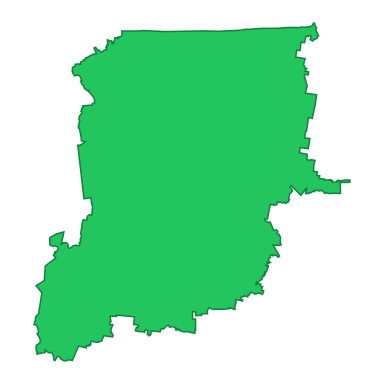 Angel R. Cabada, Veracruz, Mexico
{"feature_id": "50627088B47201282051967", "entity_name": "Angel R. Cabada", "entity_type": "district", "adm_level": 2, "iso_a3": "MEX", "parent_name": "Mexico", "parent_adm1": "Veracruz", "projection": "albers", "projection_center": [-95.399, 18.593], "detail": "fine", "context": "isolated", "style": "filled", "palette": "green", "viewbox_px": 384, "rotation_deg": 0, "n_neighbors": 0, "source": "geoboundaries", "source_scale": "gbopen_adm2", "svg_char_len": 5826}
<svg xmlns="http://www.w3.org/2000/svg" viewBox="0 0 384 384"><path d="M267.4,219.0L270.3,204.3L274.3,205.1L276.7,204.8L277.4,202.3L280.2,202.2L282.3,203.0L283.6,202.3L285.5,203.4L287.1,202.7L287.3,201.9L288.2,202.0L288.9,200.2L289.5,199.8L288.7,198.9L289.5,194.2L292.4,191.1L291.8,188.9L291.2,188.1L290.1,187.9L289.8,186.9L291.3,185.5L300.8,195.4L306.8,187.6L305.5,193.5L307.4,193.6L311.2,192.6L312.6,191.3L314.6,191.7L315.0,190.5L317.5,190.3L318.8,191.1L319.8,190.5L320.2,190.8L320.7,190.4L321.8,190.6L322.8,191.1L324.9,193.5L326.4,192.8L329.1,193.6L334.1,193.1L338.5,193.6L340.5,193.2L340.3,182.5L349.8,182.4L350.0,180.1L345.1,180.0L340.2,180.8L340.2,181.2L338.7,181.1L338.7,180.2L337.1,180.5L337.2,181.9L332.5,182.3L332.5,180.6L330.8,180.7L330.9,179.8L324.4,180.1L324.6,179.2L319.2,178.4L319.7,175.8L316.8,175.4L317.4,172.0L313.5,171.4L313.8,165.2L315.0,160.4L310.7,159.6L310.5,160.4L306.9,159.7L307.1,154.2L299.4,152.8L300.1,147.5L308.2,148.7L309.9,138.6L304.6,137.9L305.1,134.6L305.7,131.0L306.5,131.1L308.5,117.6L312.3,118.3L315.1,105.0L316.7,94.8L305.3,93.1L307.2,85.8L304.5,76.5L304.3,74.4L308.2,74.9L308.7,71.9L305.0,71.3L306.7,68.5L305.0,68.1L304.6,66.3L303.5,64.6L305.1,58.6L295.7,57.1L296.7,50.1L300.0,50.6L301.0,42.2L304.5,42.8L305.9,36.2L308.2,36.5L308.3,35.7L311.2,35.9L310.2,39.7L312.8,41.0L313.5,40.0L317.2,38.1L317.8,36.1L318.6,35.9L316.0,30.4L315.8,29.0L316.5,28.5L316.0,26.8L315.3,26.3L314.6,23.6L314.1,23.0L313.4,23.2L312.5,25.5L310.5,26.5L305.4,27.2L301.5,27.0L300.3,27.5L298.0,27.6L289.7,27.4L277.6,28.3L260.3,28.4L248.2,29.4L246.3,29.1L240.9,30.2L218.7,31.3L202.5,30.9L165.1,31.6L142.6,30.5L141.8,30.9L136.7,31.0L121.7,31.0L122.0,33.7L121.8,35.8L121.3,36.3L118.8,37.1L118.8,37.7L117.7,38.5L117.4,37.4L114.6,38.0L114.8,39.8L113.2,42.3L113.7,43.4L112.5,43.8L111.8,43.2L111.7,42.1L112.1,42.2L111.5,40.9L109.3,40.9L108.0,39.9L107.4,39.9L107.5,42.3L108.2,44.6L106.7,45.1L107.1,46.4L106.4,46.6L106.6,47.4L105.9,47.5L106.7,49.6L104.2,50.2L102.3,51.8L100.7,52.0L99.0,50.0L98.1,50.4L97.5,50.0L96.0,47.8L95.0,47.3L94.0,48.1L96.5,53.6L94.3,54.4L94.0,53.9L88.1,56.8L87.4,57.6L85.6,57.8L85.4,59.1L84.7,59.5L84.6,60.7L84.3,59.9L83.4,59.9L83.1,61.2L80.9,61.8L80.4,62.9L80.8,64.3L79.5,64.5L78.8,63.9L75.2,64.3L75.1,66.5L73.3,66.8L72.4,68.1L72.2,72.0L72.5,71.5L72.5,72.5L74.6,75.8L77.6,75.2L79.6,75.7L82.0,80.8L81.3,81.6L80.8,81.3L81.7,84.0L83.2,85.3L84.6,88.8L86.4,89.4L86.4,90.3L87.2,90.8L88.8,90.5L88.3,91.1L93.9,97.5L94.6,100.9L94.6,102.5L93.7,103.2L92.4,103.5L92.3,105.0L82.7,105.9L83.2,106.7L82.7,107.6L82.0,107.9L81.0,111.3L81.8,111.5L82.1,112.8L80.7,114.3L80.8,114.9L79.6,115.8L79.0,117.8L79.1,120.2L79.7,120.4L79.7,121.3L78.9,123.4L79.2,124.5L78.5,125.3L78.3,126.5L78.8,127.6L78.5,128.0L79.4,128.4L81.2,137.9L81.3,140.7L85.4,141.8L79.4,145.6L78.7,145.0L77.8,145.3L84.0,198.8L90.9,197.7L91.7,204.2L92.6,206.5L91.7,215.0L89.6,214.6L87.3,216.3L86.8,220.3L83.5,219.8L82.7,220.7L80.7,233.5L81.5,236.0L80.3,238.9L80.4,242.2L79.5,242.5L79.3,243.3L79.8,245.0L79.4,245.5L78.6,245.8L75.5,245.1L72.6,246.1L70.3,248.2L69.5,248.2L68.4,247.8L67.9,244.1L66.2,242.6L63.3,242.8L61.3,244.4L63.9,231.9L56.7,233.8L49.8,237.6L49.8,244.9L53.1,246.5L54.3,245.6L57.1,246.7L58.1,247.5L58.2,249.0L56.1,252.2L55.6,251.6L54.7,251.9L55.2,254.0L54.0,254.0L53.4,255.2L55.8,257.9L45.3,266.0L44.3,280.6L36.1,285.7L41.9,292.7L38.6,313.9L37.1,315.4L36.5,315.6L36.4,316.4L35.5,317.3L35.4,319.6L34.0,324.7L36.2,324.8L37.7,328.1L38.5,331.6L38.0,333.1L37.1,333.8L39.2,337.2L40.4,340.6L39.8,342.9L36.6,345.1L36.1,346.3L36.2,350.7L37.1,351.4L36.8,353.4L37.2,354.2L37.9,353.7L45.0,352.6L45.2,350.0L47.7,352.1L49.0,352.8L50.6,352.9L51.7,352.2L53.6,356.2L53.7,359.5L54.4,360.6L55.0,360.5L56.9,357.3L58.1,356.2L59.8,357.0L60.7,358.9L64.4,361.0L69.8,359.8L72.3,360.5L78.6,346.1L86.2,347.8L86.5,345.6L89.0,346.0L89.1,344.7L90.6,345.0L90.9,341.5L92.4,341.0L93.5,341.7L97.4,342.4L99.0,342.0L99.1,341.5L101.8,341.0L103.7,335.7L112.6,336.9L113.0,334.9L111.7,333.2L111.6,332.2L110.6,332.0L111.6,327.6L112.8,324.8L109.6,324.5L110.1,321.6L111.0,321.7L110.0,316.3L116.6,316.3L116.6,315.1L134.5,316.8L133.7,324.5L138.2,325.1L137.7,327.7L136.4,327.5L135.3,330.7L138.5,331.6L141.6,331.6L144.6,332.2L145.3,329.9L147.7,330.4L147.3,334.6L148.5,334.6L149.2,335.8L150.8,334.7L151.2,330.9L160.2,331.8L161.2,328.6L163.4,329.0L164.4,328.4L165.5,326.6L168.0,325.1L168.9,325.6L169.1,326.8L170.5,327.3L171.1,326.8L172.6,326.6L175.7,327.8L175.5,329.8L177.3,330.1L177.3,328.7L180.2,330.1L179.7,330.6L184.0,332.0L186.6,331.6L194.9,333.3L194.9,330.1L195.6,330.1L195.5,319.1L192.6,319.1L192.6,311.8L195.6,311.8L195.6,315.5L201.6,315.5L201.6,313.7L207.5,313.8L207.3,310.7L208.9,307.8L213.3,309.4L224.7,309.2L229.4,308.6L229.3,307.7L234.7,309.4L235.2,309.0L234.4,307.3L235.5,305.4L235.2,304.5L236.2,302.1L235.6,300.6L236.0,299.5L242.6,301.0L242.8,300.0L241.4,299.4L240.8,298.4L240.9,297.0L243.3,296.8L243.6,295.8L247.8,296.8L247.8,295.4L248.4,294.9L249.5,295.0L249.8,293.1L251.0,292.8L251.1,292.3L252.4,293.0L253.8,293.0L255.2,294.3L258.1,293.0L260.6,293.5L262.2,294.4L263.4,292.5L263.6,290.7L261.3,290.2L262.5,286.6L260.5,286.2L260.8,284.0L257.3,283.3L256.6,284.8L255.8,284.0L256.5,282.1L257.6,282.6L261.4,279.4L261.8,279.6L263.0,275.9L263.9,276.1L264.1,274.8L264.9,274.9L265.3,273.2L264.5,273.1L265.0,271.7L266.4,271.7L267.5,267.7L267.9,267.8L268.2,266.5L268.2,265.6L266.6,265.8L266.6,266.3L266.0,265.2L267.2,263.9L267.1,262.6L267.5,262.3L267.7,263.6L268.2,263.6L270.3,262.4L269.0,261.6L268.5,258.4L270.5,257.6L270.3,255.5L271.9,254.6L272.8,255.9L275.7,255.0L278.2,257.2L279.5,256.1L273.2,245.0L274.1,245.4L276.4,244.8L276.5,245.4L279.9,245.4L281.2,244.6L280.2,242.9L280.5,237.7L279.4,234.8L277.0,233.7L277.9,231.4L276.2,229.8L273.7,230.4L270.3,222.3L269.7,222.0L268.8,222.6L267.6,222.1L264.4,219.7L264.9,218.6L267.4,219.0Z" fill="#22c55e" stroke="#15803d" stroke-width="1.5"/></svg>